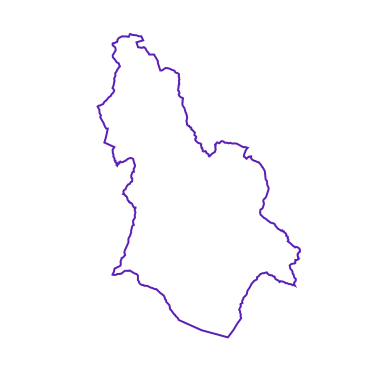 outline of Sekyere Central, Ashanti, Ghana, rotated 113°
{"feature_id": "2480657B47319682331963", "entity_name": "Sekyere Central", "entity_type": "district", "adm_level": 2, "iso_a3": "GHA", "parent_name": "Ghana", "parent_adm1": "Ashanti", "projection": "orthographic", "projection_center": [-1.176, 7.217], "detail": "fine", "context": "isolated", "style": "outline", "palette": "violet", "viewbox_px": 384, "rotation_deg": 113, "n_neighbors": 0, "source": "geoboundaries", "source_scale": "gbopen_adm2", "svg_char_len": 5995}
<svg xmlns="http://www.w3.org/2000/svg" viewBox="0 0 384 384"><g transform="rotate(113 192 192)"><path d="M180.7,292.0L181.0,281.0L184.1,281.6L186.9,280.2L188.6,278.7L190.1,278.3L191.3,276.5L193.1,275.7L193.4,275.2L193.2,274.7L194.4,274.3L194.8,273.5L194.4,272.7L194.7,271.7L195.8,271.5L196.0,272.0L196.6,272.1L197.1,271.1L195.3,271.0L194.1,270.1L192.8,270.6L192.0,269.9L192.3,268.8L191.4,267.3L188.5,265.0L186.7,264.1L184.9,262.3L184.5,261.0L184.5,259.4L184.8,258.9L187.3,257.1L188.2,256.1L188.7,256.0L189.7,254.8L191.2,254.5L193.5,254.7L196.2,253.4L196.6,254.4L197.8,254.6L200.8,254.3L202.5,253.5L202.7,252.4L205.3,251.3L205.7,251.3L206.9,252.3L208.8,252.4L210.1,253.8L211.2,253.9L212.0,254.3L215.5,254.3L217.0,255.4L218.4,255.3L220.0,254.3L220.8,254.6L220.8,253.8L220.5,253.4L221.4,251.9L221.3,251.6L221.7,251.2L221.8,250.3L222.8,249.2L224.2,248.4L225.2,246.8L225.1,246.5L225.7,246.2L225.6,245.4L226.2,244.7L225.9,243.3L226.3,242.6L228.9,239.6L228.4,237.9L229.0,237.7L229.9,238.0L231.5,237.4L232.8,236.1L235.9,235.6L237.8,234.5L241.7,235.0L243.6,234.0L245.0,232.7L245.9,233.5L246.9,233.6L251.0,233.0L253.0,232.2L255.3,232.1L255.9,231.8L259.0,232.3L260.4,232.1L263.3,230.8L272.5,231.0L273.9,230.7L276.2,228.9L279.3,230.0L280.4,231.0L282.3,230.6L283.7,230.7L286.0,229.4L287.7,229.1L289.5,230.4L290.6,231.6L291.3,231.9L292.7,233.4L295.9,232.7L299.1,232.9L299.1,232.1L298.7,231.5L298.6,230.6L297.5,229.2L296.7,228.8L296.0,227.0L295.3,226.3L295.1,225.4L290.8,223.0L289.8,220.9L289.7,219.9L288.6,218.8L289.4,212.9L289.2,211.3L289.6,209.7L290.3,209.0L294.2,207.4L295.2,205.8L296.2,205.2L297.1,203.3L297.1,201.2L296.6,200.3L297.0,199.3L295.9,196.6L296.1,192.4L295.8,190.6L296.0,189.2L295.8,187.8L295.3,187.0L297.4,181.6L297.8,179.4L298.2,178.7L298.2,177.8L299.7,175.9L301.1,175.1L301.6,173.7L303.2,172.7L304.8,168.9L305.7,168.0L307.8,166.9L308.7,166.0L309.0,164.9L311.6,160.6L311.8,159.3L312.7,158.4L313.5,156.0L315.0,154.0L315.5,129.2L311.8,102.2L303.2,100.0L295.5,98.9L288.9,97.4L287.7,98.6L285.6,99.3L284.5,100.4L282.7,101.4L282.2,102.3L281.5,102.7L277.9,102.4L276.8,103.3L276.1,103.5L274.5,102.2L273.0,103.2L270.3,103.1L269.1,103.3L265.8,101.9L264.2,101.7L262.5,102.2L260.8,102.3L257.6,101.6L253.4,101.3L249.8,100.2L247.2,98.2L246.5,98.1L245.1,98.9L243.6,97.8L240.8,97.0L239.3,95.4L238.2,93.5L237.3,92.6L236.8,91.5L237.7,90.6L237.7,89.8L238.3,88.6L237.9,87.5L238.0,86.8L237.4,85.9L238.0,84.0L237.6,83.1L237.8,82.7L239.0,81.8L239.6,80.7L239.7,78.1L240.6,76.3L239.6,75.9L239.7,75.3L239.0,73.9L238.9,71.4L239.4,70.4L238.7,68.8L238.9,67.2L238.1,64.3L238.5,63.4L238.2,62.2L237.8,61.7L237.9,60.9L236.8,62.2L236.3,62.1L235.3,62.6L233.4,61.8L231.4,62.5L231.1,63.8L230.4,64.7L228.2,66.4L228.1,67.0L227.4,67.7L225.6,68.7L224.1,71.6L221.4,73.4L219.9,72.7L218.8,71.6L217.6,69.5L217.0,69.2L215.5,70.0L214.5,69.6L214.1,70.0L213.8,69.0L212.1,67.7L211.4,67.6L211.4,68.4L210.6,69.0L210.1,69.0L209.9,69.5L208.9,70.1L208.4,70.0L208.0,70.5L206.4,70.3L205.3,69.5L204.7,69.8L204.4,69.5L202.8,70.2L202.0,71.4L201.7,72.7L201.8,74.5L202.8,75.6L202.2,76.4L202.3,77.5L200.7,81.5L200.0,84.6L198.4,84.4L197.3,85.9L196.8,85.8L195.7,86.4L195.6,88.0L194.9,88.5L194.3,88.5L193.4,89.6L193.1,91.2L192.5,91.7L192.7,92.6L192.4,92.9L192.7,93.5L192.2,94.1L192.6,94.3L192.8,95.3L192.5,95.7L192.3,98.5L190.4,102.1L189.0,103.8L189.5,108.3L188.9,109.3L188.9,110.4L187.8,113.9L187.7,115.6L186.1,119.9L184.4,121.3L181.4,122.1L180.0,120.9L179.2,120.7L175.4,121.0L174.0,121.5L172.9,122.7L171.6,123.1L170.7,123.0L168.4,122.0L167.4,121.9L160.1,122.5L158.3,123.0L156.1,125.5L152.5,127.4L151.9,128.8L151.3,129.3L144.5,133.0L141.6,136.6L141.5,137.3L140.0,139.2L138.5,142.4L138.9,143.2L138.7,146.0L139.0,147.6L138.5,149.8L137.6,151.0L136.1,151.5L137.0,153.1L137.4,153.1L137.7,153.8L140.1,154.8L139.4,156.4L139.1,158.1L137.6,158.6L132.8,158.8L130.9,158.5L129.6,158.0L129.8,160.4L130.7,162.3L130.0,169.8L130.5,171.5L131.7,173.9L131.8,176.1L132.8,177.1L132.9,178.5L133.8,181.3L133.2,182.7L133.5,184.3L134.2,185.1L136.3,185.8L136.6,186.3L136.5,188.2L139.1,189.2L139.3,188.8L139.7,189.1L140.2,188.9L140.7,188.5L140.8,188.1L142.2,187.9L143.2,186.9L146.2,186.6L149.3,188.7L152.4,189.8L152.5,190.1L152.1,190.8L151.0,191.4L150.6,192.4L150.5,194.0L149.7,194.5L149.0,195.5L150.2,197.1L150.0,198.3L148.4,199.0L148.0,199.9L147.5,199.9L147.4,200.6L145.5,201.9L144.4,202.2L144.1,202.6L144.4,205.7L143.5,208.3L142.7,209.4L141.9,209.8L141.1,209.4L139.8,209.6L139.7,209.9L139.3,210.0L138.6,212.1L136.1,212.6L135.5,214.4L134.6,216.1L134.8,216.9L133.3,217.7L133.0,218.3L133.3,219.1L132.3,220.3L132.6,221.0L131.9,223.0L130.6,223.5L128.8,224.9L126.0,225.3L123.7,226.5L123.1,227.3L121.9,228.0L121.3,228.9L117.7,231.8L116.0,234.5L114.0,235.6L112.6,235.8L112.1,236.3L109.3,236.8L109.1,237.1L109.2,239.0L108.6,241.1L107.4,242.4L106.1,242.1L105.1,242.7L104.1,243.7L104.0,244.5L99.4,245.7L99.0,246.1L97.5,245.8L96.6,246.7L95.1,247.1L94.6,247.6L93.4,247.5L92.7,248.2L91.5,248.6L90.6,249.6L89.7,249.5L88.5,250.2L88.2,251.7L88.4,252.2L88.4,254.1L87.5,255.0L87.2,256.0L87.4,258.7L87.2,260.4L87.5,262.8L88.2,264.8L91.9,267.2L92.5,268.7L86.6,273.8L84.9,274.5L80.3,280.6L82.2,285.1L81.1,286.2L79.9,288.6L77.9,291.1L77.4,293.0L78.8,294.2L79.8,298.2L75.9,301.6L71.5,296.2L68.5,299.4L69.4,301.8L69.4,304.1L70.7,308.3L70.7,310.7L71.4,310.9L73.6,310.7L74.2,311.5L74.3,313.1L75.4,315.2L75.8,316.9L78.7,319.5L81.4,320.1L82.0,319.6L83.4,319.7L83.9,320.6L85.6,321.9L85.6,322.6L86.3,323.1L88.0,322.3L88.6,319.8L89.3,318.8L91.4,317.6L97.0,318.4L98.9,317.5L100.1,314.9L102.0,312.0L102.2,309.7L103.4,308.8L104.5,307.4L106.4,308.1L109.3,308.6L110.4,308.5L112.5,309.1L115.1,307.9L118.0,308.0L119.9,306.7L120.8,306.8L122.0,306.3L125.2,305.8L127.4,305.8L128.1,304.2L128.9,303.3L131.1,303.2L133.3,304.2L135.4,304.3L137.3,305.6L141.6,306.9L143.0,307.9L145.6,308.1L148.3,310.5L149.2,311.7L150.2,312.3L152.4,309.5L155.5,307.9L157.1,305.7L158.9,305.8L159.3,305.4L163.1,300.3L165.6,297.9L167.0,296.0L167.0,295.1L166.6,294.3L175.1,292.6L180.7,292.0Z" fill="none" stroke="#5b21b6" stroke-width="2"/></g></svg>